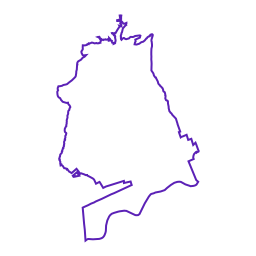 Cuzdrioara, Cluj, Romania
{"feature_id": "2599482B38314546177556", "entity_name": "Cuzdrioara", "entity_type": "district", "adm_level": 2, "iso_a3": "ROU", "parent_name": "Romania", "parent_adm1": "Cluj", "projection": "orthographic", "projection_center": [23.913, 47.18], "detail": "fine", "context": "isolated", "style": "outline", "palette": "violet", "viewbox_px": 256, "rotation_deg": 0, "n_neighbors": 0, "source": "geoboundaries", "source_scale": "gbopen_adm2", "svg_char_len": 5559}
<svg xmlns="http://www.w3.org/2000/svg" viewBox="0 0 256 256"><path d="M152.7,34.8L152.4,34.4L152.0,34.2L150.5,34.7L150.1,35.5L149.8,35.5L149.7,35.6L149.7,36.3L148.7,36.5L147.5,37.2L146.8,38.3L146.4,38.4L144.7,40.5L143.2,41.7L141.3,42.2L139.3,43.7L136.7,44.5L136.0,44.5L134.6,44.3L135.0,42.4L135.6,41.5L135.4,40.0L135.3,39.6L139.9,37.6L140.0,37.1L140.4,35.7L139.9,35.4L135.1,36.0L133.6,36.8L132.9,37.0L130.7,36.9L129.9,37.4L129.0,38.4L126.1,39.2L125.2,38.9L124.0,38.0L123.6,38.0L122.4,38.8L121.5,39.8L121.1,39.3L121.0,38.8L120.9,38.4L121.1,37.6L121.0,36.9L120.8,36.8L120.8,36.2L120.8,35.6L121.4,34.0L121.4,33.2L122.0,32.2L122.7,29.1L123.1,28.0L123.6,27.6L125.1,25.8L126.2,25.0L125.5,23.9L126.4,23.4L126.4,22.9L124.5,23.7L123.7,23.7L123.1,23.4L122.4,22.2L121.7,21.5L121.1,22.4L120.9,21.1L120.9,19.3L121.1,19.1L121.1,16.8L121.3,15.5L120.8,15.4L119.7,15.5L120.0,17.6L120.8,19.0L118.4,19.9L117.1,20.2L117.2,21.0L120.3,20.9L120.6,22.3L120.2,23.5L120.3,23.8L121.0,24.2L121.2,24.6L121.3,25.1L121.4,26.4L120.8,26.4L119.4,25.9L119.6,26.3L119.3,27.1L118.6,28.0L117.3,30.0L115.6,33.0L115.2,32.8L114.5,33.2L113.2,33.4L112.7,33.0L111.9,33.1L112.0,33.4L112.6,33.6L113.8,34.7L114.5,35.1L114.2,35.5L115.0,35.9L115.2,36.3L115.2,37.0L115.0,37.4L115.5,39.7L115.6,40.7L115.3,42.1L114.7,42.6L114.7,42.9L114.9,43.3L113.6,43.9L113.6,43.6L113.9,43.6L114.1,42.9L112.2,42.7L111.7,41.2L111.8,40.8L111.0,40.6L109.9,38.8L109.2,38.1L109.5,40.5L108.7,40.8L108.5,40.7L108.3,38.9L107.8,39.3L106.3,39.7L105.4,39.3L105.2,39.4L105.2,39.6L103.6,39.6L103.4,40.0L103.2,40.1L102.1,39.7L101.8,39.4L101.6,39.9L101.4,40.0L100.6,39.2L99.9,37.9L99.6,37.1L99.3,36.8L99.1,36.9L99.0,37.2L98.1,36.9L97.8,37.0L98.5,37.3L99.4,38.0L100.7,40.2L100.9,40.8L100.5,41.9L100.0,42.5L100.2,42.8L99.6,43.0L99.6,42.8L99.3,42.8L98.6,43.2L98.0,43.3L97.0,43.3L96.5,43.0L94.7,43.4L92.6,42.7L91.7,42.6L90.5,43.2L89.2,43.4L88.9,43.9L88.5,43.5L88.0,44.1L87.3,44.2L87.2,44.7L86.7,45.0L84.9,45.4L82.8,45.3L82.7,47.6L82.8,49.1L82.1,50.5L81.4,51.4L81.5,52.8L82.0,53.7L82.3,54.6L82.7,55.1L83.8,55.4L86.1,55.1L84.6,56.7L82.7,57.7L81.0,59.7L78.3,61.3L77.9,61.7L77.5,62.4L77.2,63.2L77.4,64.5L77.1,64.6L76.8,69.5L76.3,71.4L76.2,73.4L76.0,74.4L75.8,75.9L75.4,76.8L74.2,78.1L71.8,80.4L69.1,82.4L67.1,84.1L65.9,84.5L63.3,85.0L62.4,85.6L61.9,85.8L60.0,86.2L58.4,86.3L57.7,88.1L57.7,89.3L58.1,90.2L58.0,90.4L57.3,91.7L57.3,92.5L57.5,94.7L57.8,95.9L58.2,96.7L58.9,97.5L60.2,98.2L61.0,99.9L61.7,100.6L62.6,101.7L63.0,101.9L66.5,102.9L68.0,102.7L68.1,103.5L68.4,104.1L68.8,104.7L69.5,105.3L70.2,106.6L70.3,107.2L69.6,108.3L69.5,109.1L69.3,109.3L69.2,110.1L68.5,110.7L68.3,111.2L68.1,112.8L68.2,113.4L68.1,113.9L67.4,115.7L67.5,117.6L66.7,120.2L66.8,121.7L66.6,122.8L66.7,123.4L66.2,125.3L66.4,126.0L65.6,127.1L64.8,128.8L64.7,130.6L64.9,131.7L65.2,132.2L66.2,133.0L66.3,133.4L65.9,135.0L65.3,136.0L65.3,136.4L65.4,137.6L65.0,138.5L65.1,139.2L64.7,139.4L64.7,139.6L65.0,140.1L64.5,140.8L64.1,141.8L64.1,143.1L64.3,143.7L64.0,144.5L64.1,145.0L63.8,145.5L63.9,146.0L63.9,146.4L63.7,146.9L63.1,147.5L63.3,148.4L62.8,148.7L62.5,149.9L62.2,150.3L62.2,150.5L62.3,150.9L62.3,151.1L61.9,151.3L61.8,151.6L61.9,152.1L61.8,152.8L60.3,154.5L60.2,154.9L60.0,156.5L59.6,157.1L59.6,157.6L59.2,158.6L59.2,158.9L59.7,159.3L59.4,159.8L59.4,160.0L59.8,160.3L60.1,161.4L60.4,162.0L60.2,163.0L60.6,165.4L61.4,165.0L61.2,164.6L61.4,164.5L61.5,164.9L62.9,166.1L64.2,168.2L64.9,168.2L66.1,168.5L66.7,169.4L67.0,169.1L67.3,169.0L67.7,169.8L68.2,170.3L69.0,171.5L70.8,172.5L71.6,173.1L76.5,168.8L78.3,171.1L72.8,175.7L73.5,176.8L75.1,176.3L75.1,176.6L79.4,175.7L79.2,175.3L76.9,172.6L78.5,171.5L80.2,173.8L81.1,173.3L84.3,174.4L85.7,175.1L87.1,175.0L87.2,175.4L87.4,175.6L90.0,176.9L92.9,178.5L94.1,179.6L96.0,183.7L99.5,181.9L99.7,182.1L103.2,187.9L106.0,186.5L123.9,180.9L124.0,181.4L124.0,183.0L130.6,181.5L131.4,184.2L131.7,185.0L114.0,193.2L111.2,194.3L101.7,198.9L95.9,201.4L94.0,202.5L91.1,203.6L88.3,205.1L82.7,207.6L84.1,223.8L84.8,230.0L85.5,240.6L87.1,239.4L87.7,239.1L88.6,239.0L92.9,239.3L99.3,238.9L101.3,238.3L102.3,237.8L103.1,237.2L104.2,235.8L104.7,234.7L105.4,232.9L105.8,231.3L105.9,230.0L106.1,225.5L107.3,220.5L109.1,216.6L110.0,215.3L111.7,213.8L114.0,212.9L118.0,211.7L119.8,211.3L124.2,210.7L126.4,210.9L135.3,215.1L136.6,215.2L138.1,215.1L139.5,214.1L144.8,203.3L148.9,196.5L150.7,194.3L151.4,193.9L153.7,193.3L155.4,192.5L160.6,191.5L164.7,190.1L167.1,187.9L170.8,185.0L174.3,182.8L177.2,181.9L179.2,181.7L180.9,181.9L185.4,184.4L189.6,185.8L190.5,186.2L193.4,185.9L194.9,185.5L196.4,184.7L198.2,181.8L196.2,180.0L188.5,161.3L193.7,159.0L193.2,157.4L193.5,155.6L193.9,154.5L194.2,153.9L195.9,152.1L196.3,151.9L196.6,152.6L197.2,152.1L198.4,151.7L198.7,151.0L198.4,150.5L196.4,144.9L195.5,142.7L193.2,145.0L191.3,138.8L188.2,139.9L186.6,134.8L183.3,136.2L181.4,136.9L180.7,137.4L178.9,132.1L180.2,131.6L177.5,124.0L177.5,123.7L175.9,118.6L172.2,114.7L171.6,113.6L171.2,113.2L170.5,112.7L170.4,112.4L169.4,111.2L169.0,109.4L168.7,108.3L168.6,106.5L168.0,103.6L167.9,101.3L167.4,100.6L166.6,100.5L166.0,100.1L165.3,98.4L165.6,95.9L165.2,95.3L165.3,94.5L164.8,92.4L164.6,92.1L164.2,91.9L163.5,91.4L163.2,90.7L163.2,90.1L162.7,88.5L162.4,88.0L161.8,87.6L161.3,86.7L160.4,86.2L159.7,85.0L159.0,84.5L158.3,83.5L157.8,81.5L156.4,78.8L156.0,77.8L155.8,77.9L155.4,77.5L154.6,76.5L153.9,75.4L153.6,74.1L153.3,73.3L151.4,70.5L151.6,63.7L151.5,61.6L151.3,59.4L151.4,56.7L151.3,54.6L151.3,52.0L151.4,49.3L151.4,48.9L152.0,46.2L152.0,44.7L151.7,41.6L151.4,41.0L151.5,39.5L152.6,36.0L152.3,35.9L152.7,34.8Z" fill="none" stroke="#5b21b6" stroke-width="2"/></svg>